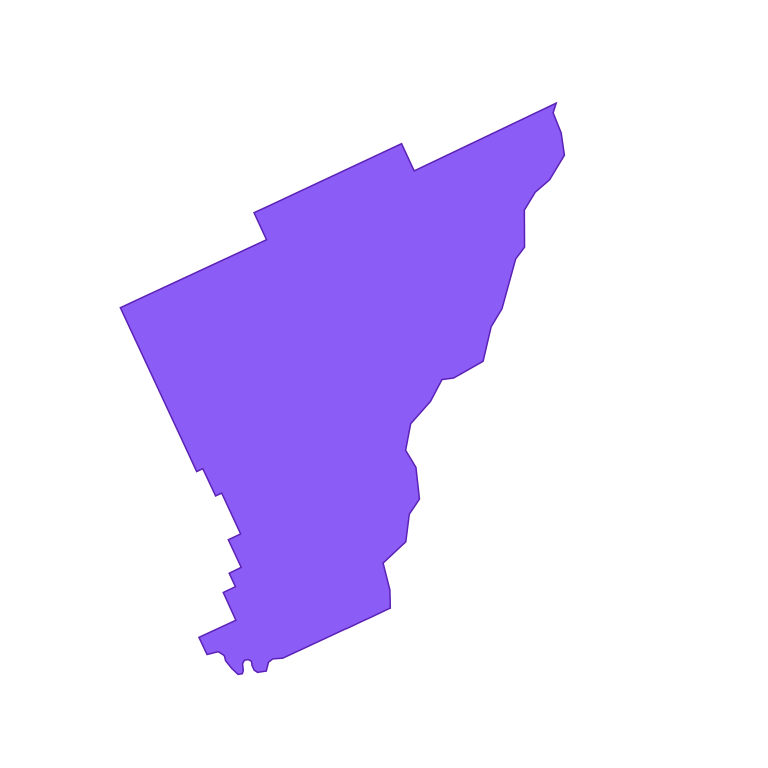 the district of Canyon, Idaho, United States of America, rotated 245°
{"feature_id": "52423323B68106023304416", "entity_name": "Canyon", "entity_type": "district", "adm_level": 2, "iso_a3": "USA", "parent_name": "United States of America", "parent_adm1": "Idaho", "projection": "robinson", "projection_center": [-116.848, 43.585], "detail": "fine", "context": "isolated", "style": "filled", "palette": "violet", "viewbox_px": 768, "rotation_deg": 245, "n_neighbors": 0, "source": "geoboundaries", "source_scale": "gbopen_adm2", "svg_char_len": 1059}
<svg xmlns="http://www.w3.org/2000/svg" viewBox="0 0 768 768"><g transform="rotate(245 384 384)"><path d="M178.2,295.0L194.8,302.3L222.1,307.5L231.8,337.1L255.3,351.9L264.7,367.5L294.9,377.7L314.8,375.6L336.7,391.4L348.6,418.8L363.5,438.4L360.0,449.6L362.7,483.4L390.6,505.3L402.3,522.7L441.7,556.2L448.6,569.2L482.3,584.7L493.9,602.1L499.1,620.4L515.1,644.2L536.7,650.7L558.3,651.9L565.8,658.8L564.4,501.4L594.4,501.5L594.2,392.9L594.1,352.2L594.2,338.6L564.4,338.5L564.6,177.3L504.4,177.3L414.2,177.3L383.8,177.2L383.8,184.0L353.7,184.1L353.7,190.8L308.7,190.7L308.7,177.1L278.2,177.1L277.9,163.7L263.1,163.7L263.0,150.2L232.5,149.9L232.6,109.2L213.6,109.3L211.6,119.8L211.2,120.8L206.2,124.0L204.8,124.4L200.3,123.5L199.1,123.7L190.3,125.9L182.5,129.0L181.3,133.2L183.8,135.4L190.3,137.6L192.6,140.8L191.6,144.5L188.7,146.7L184.5,145.4L179.5,145.4L176.1,147.5L173.6,156.0L180.6,161.7L181.9,167.0L181.6,167.7L178.3,176.4L178.3,245.5L178.1,246.5L178.2,263.3L178.1,271.4L178.3,293.0L178.2,295.0Z" fill="#8b5cf6" stroke="#5b21b6" stroke-width="1.5"/></g></svg>